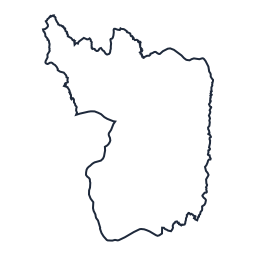 Logroño, Morona Santiago, Ecuador (Robinson projection)
{"feature_id": "8360857B64842407463110", "entity_name": "Logroño", "entity_type": "district", "adm_level": 2, "iso_a3": "ECU", "parent_name": "Ecuador", "parent_adm1": "Morona Santiago", "projection": "robinson", "projection_center": [-78.085, -2.764], "detail": "fine", "context": "isolated", "style": "outline", "palette": "slate", "viewbox_px": 256, "rotation_deg": 0, "n_neighbors": 0, "source": "geoboundaries", "source_scale": "gbopen_adm2", "svg_char_len": 5647}
<svg xmlns="http://www.w3.org/2000/svg" viewBox="0 0 256 256"><path d="M150.5,53.7L150.4,54.6L149.3,55.7L146.9,55.8L144.2,57.2L143.7,57.9L143.3,57.8L143.1,56.9L142.2,56.7L142.3,55.9L142.0,55.7L142.0,55.2L141.7,55.2L141.5,54.0L140.5,53.7L140.4,52.8L140.0,52.4L141.9,51.4L142.0,51.0L141.6,50.8L142.0,50.4L141.0,49.9L140.9,48.9L141.6,48.7L140.2,47.1L140.1,45.7L140.3,45.0L140.2,44.6L139.9,44.5L140.4,43.0L139.9,43.1L139.3,42.7L139.8,41.7L139.3,41.6L138.8,42.1L138.3,42.0L138.0,41.5L138.1,40.6L136.8,39.8L134.9,40.1L133.8,38.9L133.0,39.0L132.9,38.2L133.3,37.6L132.6,37.1L132.6,36.6L132.1,36.1L131.2,36.2L130.8,35.9L130.2,33.5L128.2,32.5L127.2,32.3L126.9,32.0L126.9,31.3L124.5,29.5L123.6,29.1L121.3,28.9L120.5,28.4L119.8,30.0L117.6,29.7L115.2,28.8L114.2,28.8L113.9,29.1L113.6,30.0L113.8,32.2L113.4,35.6L112.8,37.6L112.2,38.5L110.7,39.0L110.4,39.7L111.1,43.5L110.8,46.3L110.8,48.8L110.3,50.4L110.2,51.7L109.9,52.9L109.1,53.9L107.3,54.5L106.6,54.4L105.5,53.5L103.9,51.0L102.7,50.4L101.0,48.0L99.7,48.5L99.0,49.3L98.9,49.8L97.8,50.9L96.7,51.0L95.2,50.1L94.7,49.0L93.1,48.7L92.6,49.0L92.1,48.7L92.0,47.9L91.6,47.7L91.8,46.9L91.5,46.0L91.7,44.4L91.5,43.6L91.8,42.2L90.7,40.9L90.8,40.1L90.5,39.4L89.6,38.4L88.5,39.2L87.1,39.4L83.8,37.9L78.7,41.7L77.9,43.6L77.2,43.1L76.0,43.2L74.6,44.7L74.3,42.1L74.8,41.1L74.2,41.1L73.9,40.2L73.4,40.5L72.5,40.0L72.3,39.4L71.0,37.9L69.2,37.1L68.6,36.5L67.8,36.3L67.8,34.5L66.9,33.7L67.2,33.0L66.8,32.5L66.9,31.9L65.5,31.0L65.3,29.9L64.6,28.9L65.1,28.5L65.0,28.3L64.0,28.0L63.4,27.2L63.5,26.7L62.9,26.2L62.5,26.6L60.9,25.3L59.8,25.4L58.8,24.6L58.2,24.4L58.2,23.6L56.8,21.6L55.5,18.9L55.5,17.5L54.9,16.8L54.2,16.6L53.9,15.9L53.5,15.9L53.7,15.4L53.1,15.4L51.8,16.2L50.8,15.8L50.3,16.2L50.3,16.8L49.8,16.7L48.5,18.5L47.6,18.9L47.0,20.3L45.8,21.2L47.9,24.9L47.9,26.4L46.8,27.8L45.0,29.1L43.0,29.4L43.4,31.0L43.9,31.8L44.4,32.1L45.2,34.0L45.4,36.2L47.6,38.7L47.5,39.8L48.4,40.1L48.8,40.6L49.3,43.4L49.6,44.0L49.2,47.7L49.6,48.6L49.4,49.9L49.7,50.9L47.4,54.6L47.6,57.3L45.7,61.0L45.4,62.2L45.6,62.9L46.2,63.5L47.4,64.0L48.5,63.7L49.5,62.9L50.4,62.7L51.3,62.6L52.5,63.1L53.1,63.9L55.0,65.0L56.6,66.8L57.8,69.0L57.6,69.9L57.8,70.2L60.2,71.7L63.8,72.6L66.0,75.2L66.4,76.2L66.5,77.3L67.8,77.8L67.4,80.5L67.9,81.9L67.8,82.3L65.4,83.2L64.9,83.9L64.9,84.4L65.8,84.5L65.9,84.8L65.5,85.3L64.3,85.5L64.0,86.0L67.4,87.1L67.4,87.5L68.2,88.3L69.4,90.4L69.6,91.1L69.3,92.1L69.8,92.3L69.7,92.7L70.3,93.2L70.0,93.8L70.3,94.4L70.8,94.6L71.0,95.0L71.0,96.8L70.7,97.5L71.2,99.0L71.5,99.3L72.3,98.2L73.1,98.8L73.3,98.6L73.9,99.4L74.0,102.4L75.1,104.0L75.3,105.4L76.4,106.5L76.7,107.2L76.3,108.3L76.1,110.5L77.0,112.6L76.1,114.8L80.0,113.6L88.3,111.7L91.0,111.3L94.6,111.4L98.0,112.7L101.1,114.2L104.3,117.1L107.2,118.8L113.2,121.2L115.2,121.5L113.4,124.1L111.1,129.9L108.9,133.2L108.7,134.3L108.9,135.6L110.0,138.0L110.3,140.6L109.5,142.7L108.9,143.3L108.6,144.1L107.0,145.6L104.9,146.8L105.1,150.4L104.0,156.4L103.0,158.6L100.9,160.6L94.5,162.4L92.4,163.7L89.9,166.0L88.8,166.7L87.4,168.2L86.6,169.7L86.1,172.3L86.0,174.9L87.2,176.6L88.8,177.8L89.8,179.2L90.0,181.7L90.3,182.7L90.0,187.7L89.1,190.3L89.0,194.5L90.6,198.6L93.3,202.2L93.0,208.1L93.6,210.8L95.4,214.4L95.8,216.9L96.2,218.1L98.0,220.5L100.2,227.8L100.0,228.7L101.5,233.0L103.6,236.4L106.7,239.9L107.7,240.4L112.3,240.6L115.0,239.9L117.8,240.4L118.9,240.1L124.8,237.3L133.9,232.0L139.7,229.2L141.1,229.0L144.1,229.3L146.5,230.1L149.6,231.4L156.0,235.2L157.6,235.8L159.3,235.3L162.0,233.5L162.1,227.7L163.9,227.8L165.1,229.1L166.7,229.7L168.1,230.6L171.0,231.2L172.4,229.2L173.0,227.6L172.7,226.0L172.9,225.2L173.7,223.5L174.8,222.9L175.3,221.8L177.0,221.4L177.4,221.8L177.6,222.9L178.1,223.1L178.8,222.9L179.0,224.2L179.5,224.4L180.1,224.3L180.4,224.9L181.2,225.4L181.7,224.7L182.4,224.9L182.7,224.6L183.5,224.8L184.6,224.5L185.3,223.0L185.3,222.0L185.9,220.1L186.0,218.3L186.9,216.6L186.8,215.0L187.7,214.4L187.8,213.7L188.6,212.9L189.2,213.0L190.4,214.4L191.2,213.8L192.7,214.6L193.4,215.6L195.4,216.2L195.5,216.7L194.2,217.6L194.0,218.2L194.9,218.4L195.2,219.4L197.2,220.3L198.3,216.7L199.0,216.6L199.0,215.4L199.3,214.8L200.1,214.3L200.5,212.1L202.0,210.3L202.2,209.0L202.1,206.4L204.4,204.8L205.3,203.2L205.9,200.5L205.8,199.8L205.1,198.8L203.7,197.7L202.5,196.1L202.4,195.5L204.3,193.1L205.2,192.5L206.1,192.7L206.7,192.3L206.8,191.2L206.2,189.7L206.5,188.2L206.0,187.3L207.0,185.5L207.1,184.9L206.4,183.5L206.1,179.4L208.4,175.4L208.5,174.8L207.5,172.7L206.0,170.9L205.0,166.9L206.3,165.4L207.6,162.5L208.0,160.9L208.6,159.9L208.9,159.6L210.4,159.5L210.7,158.7L209.8,156.9L209.6,155.3L208.2,155.0L207.9,154.5L208.5,152.2L208.3,150.6L208.4,150.3L209.4,150.0L210.0,149.0L209.8,148.4L209.0,147.5L210.0,143.3L210.1,140.3L209.6,139.6L209.6,138.3L209.8,137.7L210.8,137.2L210.9,136.7L209.9,134.9L208.3,134.1L208.4,133.7L209.5,132.9L209.0,130.6L208.2,129.2L208.1,127.5L209.4,125.8L209.8,122.2L209.3,120.6L210.0,118.4L209.5,116.9L208.9,115.6L210.2,112.7L210.2,111.4L209.6,110.2L211.2,107.4L211.1,107.0L210.3,106.8L209.8,106.1L209.0,104.2L210.3,102.3L210.1,101.1L210.7,100.9L210.2,99.7L210.3,98.0L210.7,97.8L210.8,96.9L210.4,95.7L211.5,95.2L211.7,94.6L210.6,93.9L210.5,93.6L211.1,92.3L210.9,91.4L211.7,91.2L211.4,89.5L211.4,87.3L212.3,85.6L212.1,84.7L212.4,83.5L212.2,82.6L212.6,82.3L213.0,80.9L213.0,79.8L211.9,78.6L210.7,76.6L210.7,74.2L210.2,73.0L209.2,71.6L208.4,66.6L205.6,61.1L204.0,59.0L203.1,58.4L202.3,58.3L199.3,59.2L193.9,58.4L191.7,59.1L189.6,60.3L187.1,60.0L186.1,59.7L183.9,58.0L181.5,55.4L173.9,49.8L170.2,48.4L167.8,48.7L162.9,51.2L159.9,53.9L159.0,54.0L157.5,53.3L156.0,52.1L155.4,51.9L154.3,52.0L152.4,53.1L150.5,53.7Z" fill="none" stroke="#1e293b" stroke-width="2"/></svg>